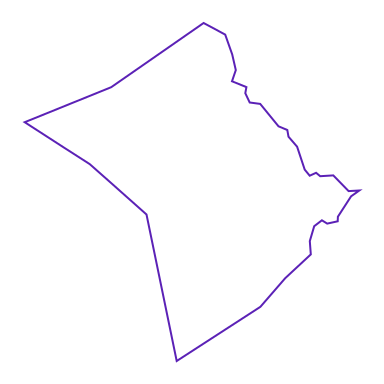 Lee, Texas, United States of America (Equal Earth projection)
{"feature_id": "52423323B12429161322070", "entity_name": "Lee", "entity_type": "district", "adm_level": 2, "iso_a3": "USA", "parent_name": "United States of America", "parent_adm1": "Texas", "projection": "equal_earth", "projection_center": [-96.865, 30.295], "detail": "fine", "context": "isolated", "style": "outline", "palette": "violet", "viewbox_px": 384, "rotation_deg": 0, "n_neighbors": 0, "source": "geoboundaries", "source_scale": "gbopen_adm2", "svg_char_len": 584}
<svg xmlns="http://www.w3.org/2000/svg" viewBox="0 0 384 384"><path d="M174.1,348.4L176.7,361.0L260.4,306.8L285.2,278.2L310.8,254.4L309.8,241.1L314.2,226.2L321.9,220.3L327.2,223.6L337.7,221.3L337.9,216.7L351.1,196.3L359.3,190.5L348.6,191.1L333.3,175.4L320.2,176.2L316.1,172.8L309.7,175.7L304.7,169.6L297.1,146.7L288.5,136.7L287.3,130.0L278.5,126.3L260.2,103.9L249.7,102.5L245.3,93.2L246.4,87.1L232.0,81.3L235.8,70.1L232.2,54.4L225.2,34.6L203.6,23.0L111.2,87.2L24.7,122.2L64.6,148.0L89.7,164.1L109.4,181.5L146.5,214.5L174.1,348.4Z" fill="none" stroke="#5b21b6" stroke-width="2"/></svg>